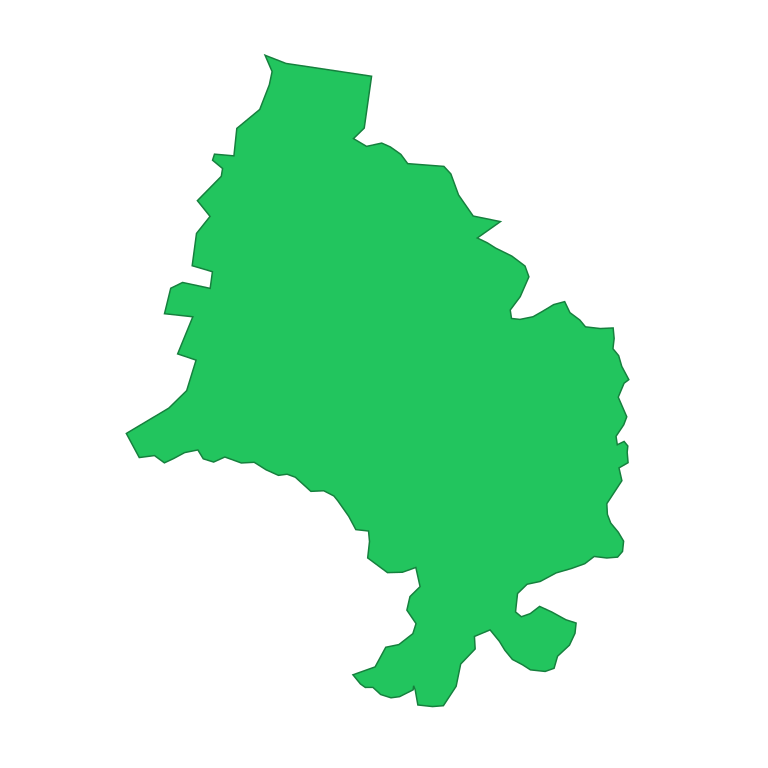 Koshrabad, Samarkand, Uzbekistan, rotated 5°
{"feature_id": "79887680B475609361313", "entity_name": "Koshrabad", "entity_type": "district", "adm_level": 2, "iso_a3": "UZB", "parent_name": "Uzbekistan", "parent_adm1": "Samarkand", "projection": "natural_earth1", "projection_center": [66.556, 40.341], "detail": "fine", "context": "isolated", "style": "filled", "palette": "green", "viewbox_px": 768, "rotation_deg": 5, "n_neighbors": 0, "source": "geoboundaries", "source_scale": "gbopen_adm2", "svg_char_len": 2120}
<svg xmlns="http://www.w3.org/2000/svg" viewBox="0 0 768 768"><g transform="rotate(5 384 384)"><path d="M146.6,478.6L161.6,475.3L172.1,481.7L180.9,476.6L191.4,469.7L204.3,465.9L210.5,474.3L221.1,476.6L231.8,470.6L248.7,475.1L261.5,473.3L274.1,479.8L286.8,484.2L295.3,482.3L303.8,484.6L320.5,497.3L333.3,495.6L343.8,499.9L348.0,504.2L360.4,518.9L368.6,531.5L381.4,531.8L383.3,542.2L382.9,558.7L403.9,571.6L418.8,569.9L431.7,564.0L437.6,582.7L428.4,593.5L426.5,607.3L436.8,619.9L434.5,630.2L421.5,642.3L408.7,646.1L399.8,666.6L386.9,672.5L378.4,676.4L386.7,684.9L391.8,687.9L399.4,687.2L407.7,693.6L418.3,696.0L426.8,694.1L439.7,686.1L439.8,682.0L441.8,686.2L445.7,700.8L460.5,701.1L471.2,699.3L482.2,678.9L484.8,656.3L497.9,640.0L496.1,627.6L511.1,619.7L521.4,630.3L527.6,638.7L535.9,647.2L546.4,651.6L554.8,656.0L569.6,656.3L578.2,652.4L580.6,640.1L591.5,628.0L596.0,615.7L596.2,605.4L585.7,603.0L571.0,596.5L558.4,592.0L549.7,600.0L541.1,603.9L534.9,599.6L535.0,593.5L535.3,581.1L544.0,571.0L556.8,567.1L571.9,557.2L586.9,551.4L599.7,545.5L608.4,537.5L621.1,537.9L631.8,536.1L636.2,530.0L636.4,519.7L630.3,511.2L622.0,502.8L617.9,494.4L616.4,483.8L629.4,459.6L625.4,447.1L634.0,441.1L632.2,430.7L632.3,424.5L628.2,420.3L621.7,424.2L619.7,415.9L626.4,403.7L628.7,395.5L618.5,376.7L623.1,362.3L627.5,358.3L619.3,345.7L615.3,335.3L609.0,328.9L609.3,318.6L607.4,308.2L594.6,309.9L579.7,309.5L573.5,303.2L563.0,296.7L556.8,286.2L546.1,290.1L535.3,298.0L526.6,304.0L513.8,307.8L505.3,307.6L503.3,299.3L512.1,285.1L519.0,264.6L514.2,254.2L500.3,245.5L483.4,238.9L474.9,234.5L464.2,230.4L485.8,212.1L458.2,208.9L441.8,189.2L432.3,168.9L424.7,162.0L388.4,162.4L380.8,153.8L369.7,147.3L360.7,144.2L345.9,148.8L332.2,142.2L342.0,130.8L344.8,78.5L258.4,73.2L236.9,66.9L245.3,82.5L243.7,95.9L236.3,121.3L215.1,142.2L214.6,169.8L195.1,169.8L193.7,176.0L204.4,183.4L203.8,191.3L182.1,217.6L196.1,232.2L184.1,250.3L182.6,282.9L203.3,287.1L202.5,303.9L174.5,300.4L163.2,307.2L159.2,333.1L187.7,333.7L175.8,372.0L194.7,376.6L188.0,407.8L171.7,426.8L131.6,455.7L146.6,478.6Z" fill="#22c55e" stroke="#15803d" stroke-width="1.5"/></g></svg>